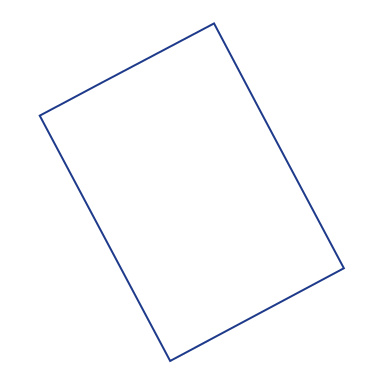 outline of Winnebago, Iowa, United States of America, rotated 62°
{"feature_id": "52423323B32646227852177", "entity_name": "Winnebago", "entity_type": "district", "adm_level": 2, "iso_a3": "USA", "parent_name": "United States of America", "parent_adm1": "Iowa", "projection": "orthographic", "projection_center": [-93.701, 43.377], "detail": "fine", "context": "isolated", "style": "outline", "palette": "blue", "viewbox_px": 384, "rotation_deg": 62, "n_neighbors": 0, "source": "geoboundaries", "source_scale": "gbopen_adm2", "svg_char_len": 373}
<svg xmlns="http://www.w3.org/2000/svg" viewBox="0 0 384 384"><g transform="rotate(62 192 192)"><path d="M53.5,93.4L53.1,220.4L53.1,290.6L330.9,290.6L330.6,93.7L312.4,93.7L310.2,93.7L294.8,93.7L284.2,93.7L260.5,93.7L242.1,93.7L212.4,93.7L209.1,93.7L206.9,93.7L202.5,93.7L171.9,93.7L156.8,93.7L155.9,93.7L53.5,93.4Z" fill="none" stroke="#1e3a8a" stroke-width="2"/></g></svg>